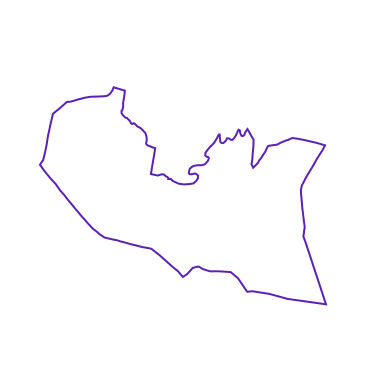 Al-Falluja, Al-Anbar, Iraq (Natural Earth projection), rotated 282°
{"feature_id": "34846034B2556059967776", "entity_name": "Al-Falluja", "entity_type": "district", "adm_level": 2, "iso_a3": "IRQ", "parent_name": "Iraq", "parent_adm1": "Al-Anbar", "projection": "natural_earth1", "projection_center": [43.931, 33.191], "detail": "fine", "context": "isolated", "style": "outline", "palette": "violet", "viewbox_px": 384, "rotation_deg": 282, "n_neighbors": 0, "source": "geoboundaries", "source_scale": "gbopen_adm2", "svg_char_len": 3498}
<svg xmlns="http://www.w3.org/2000/svg" viewBox="0 0 384 384"><g transform="rotate(282 192 192)"><path d="M179.6,309.8L182.5,309.1L185.4,308.0L188.8,306.8L193.3,305.3L199.4,303.2L204.4,301.7L212.1,299.3L216.5,298.1L219.0,298.1L221.3,298.1L225.4,299.3L230.4,300.6L240.5,304.2L243.9,305.3L250.1,307.2L260.2,311.0L264.1,312.1L265.3,312.4L265.6,308.5L266.0,303.2L266.1,296.8L266.2,291.6L266.1,284.9L265.7,279.2L264.7,277.4L262.9,275.2L262.2,273.7L258.7,268.5L256.1,265.5L254.8,262.0L252.9,256.9L251.2,256.4L249.5,255.9L247.0,255.4L243.5,254.0L239.3,252.5L237.7,251.5L236.0,250.9L234.5,250.6L233.0,249.7L232.3,249.3L228.5,246.8L229.3,246.3L231.3,244.5L232.4,244.4L234.2,244.4L236.4,244.2L238.6,243.9L242.1,243.4L243.8,243.2L248.4,242.7L252.5,242.0L254.7,241.6L256.0,241.3L258.9,238.6L261.8,236.1L265.1,233.2L263.1,232.3L261.5,231.7L259.3,231.5L257.9,230.8L257.2,229.8L257.3,228.7L259.8,226.8L260.7,226.5L261.6,226.2L262.1,226.1L262.6,224.6L261.3,224.2L259.9,223.9L259.1,223.8L256.7,223.2L253.5,222.0L252.1,221.2L251.2,220.5L251.2,220.0L251.2,218.9L251.9,217.7L252.1,216.1L251.7,215.1L249.5,214.5L249.4,214.5L247.5,213.4L246.3,212.3L246.1,210.5L247.1,209.2L249.0,208.6L251.4,207.8L253.3,207.3L254.0,207.1L253.8,206.4L252.0,205.7L250.3,205.4L247.7,204.5L244.4,203.3L243.6,202.7L239.8,200.3L238.4,199.5L235.0,197.8L233.1,197.0L230.5,197.4L229.6,198.8L229.6,200.4L228.8,201.4L226.3,201.3L223.4,199.8L221.9,198.8L221.7,198.6L221.1,197.7L220.6,196.8L220.0,195.3L219.3,191.8L217.9,188.3L216.1,186.2L214.9,185.5L213.8,184.9L209.9,184.9L209.0,185.9L209.0,186.2L209.3,188.1L210.7,190.8L210.4,192.7L209.2,194.6L206.4,194.9L203.8,193.9L200.7,191.6L200.3,190.6L199.4,188.2L198.6,185.7L197.7,182.3L197.4,177.3L197.4,177.0L198.8,171.0L200.5,168.4L199.9,167.3L199.8,166.0L200.8,165.9L201.6,164.8L201.9,163.2L203.1,161.3L203.3,159.8L202.5,157.7L201.0,155.1L201.0,148.1L208.4,147.7L212.0,147.6L221.0,147.2L223.9,147.1L227.3,146.9L227.4,144.5L227.5,143.3L228.1,141.6L228.2,140.9L228.2,140.1L228.3,139.1L229.1,137.5L230.1,137.0L233.4,136.9L233.5,136.9L235.4,136.4L236.5,136.0L237.7,135.5L238.7,134.9L240.3,133.8L241.2,132.3L242.4,130.7L243.6,128.8L243.7,128.6L244.3,126.9L244.6,125.1L245.6,123.9L246.1,123.0L246.9,121.5L247.2,120.8L246.0,119.2L246.5,118.1L248.0,117.0L248.4,116.5L249.1,115.6L250.8,113.1L251.0,111.3L252.0,109.6L253.0,108.1L254.5,106.7L256.9,106.2L257.8,106.8L258.7,106.9L259.8,107.0L261.2,106.9L262.4,106.7L263.6,106.3L266.7,106.0L270.6,105.9L271.7,105.8L276.2,105.4L277.2,105.2L278.1,93.6L275.2,93.1L273.7,92.6L271.9,91.8L270.6,91.1L268.7,89.3L268.1,88.1L267.7,87.1L266.9,84.3L265.8,80.1L265.1,77.2L264.6,75.0L264.2,73.4L262.3,68.4L261.9,67.5L258.8,61.3L256.3,56.7L255.1,54.5L254.1,50.9L246.4,45.2L239.7,39.8L230.7,39.5L215.6,39.5L207.7,40.0L200.4,40.0L192.4,39.8L191.7,39.5L187.1,37.6L182.8,42.2L176.2,50.3L171.4,57.1L166.1,62.7L162.4,67.8L158.6,72.2L155.6,76.1L152.8,79.5L149.4,83.9L145.2,89.2L142.2,93.4L139.7,96.6L135.4,102.8L133.4,107.1L131.5,110.4L129.5,115.4L129.3,115.7L129.2,120.4L129.1,124.9L129.2,129.0L128.8,132.2L128.7,136.3L128.4,140.6L128.2,143.6L128.1,148.6L127.8,154.8L128.1,162.7L127.8,164.6L127.3,165.5L123.6,173.1L114.4,189.2L111.6,194.8L107.0,200.7L110.6,204.3L117.9,208.5L120.3,213.3L120.4,214.2L118.8,218.9L118.2,226.4L120.0,234.5L121.7,246.4L117.3,254.8L110.2,262.2L106.1,266.5L105.9,266.7L107.5,271.9L108.4,288.6L107.3,307.8L109.6,340.7L110.0,346.4L166.8,313.3L169.6,311.5L171.6,310.2L174.8,310.0L178.4,309.6L179.6,309.8Z" fill="none" stroke="#5b21b6" stroke-width="2"/></g></svg>